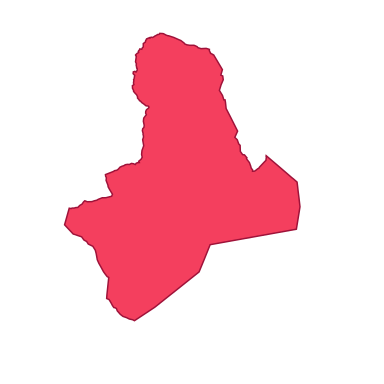 San Andrés Yaá, Oaxaca, Mexico (Natural Earth projection), rotated 109°
{"feature_id": "50627088B90449229158341", "entity_name": "San Andrés Yaá", "entity_type": "district", "adm_level": 2, "iso_a3": "MEX", "parent_name": "Mexico", "parent_adm1": "Oaxaca", "projection": "natural_earth1", "projection_center": [-96.145, 17.295], "detail": "fine", "context": "isolated", "style": "filled", "palette": "rose", "viewbox_px": 384, "rotation_deg": 109, "n_neighbors": 0, "source": "geoboundaries", "source_scale": "gbopen_adm2", "svg_char_len": 3235}
<svg xmlns="http://www.w3.org/2000/svg" viewBox="0 0 384 384"><g transform="rotate(109 192 192)"><path d="M55.3,216.2L55.4,217.0L55.1,217.3L54.9,219.6L54.5,219.7L53.2,221.2L52.0,222.0L51.5,222.0L51.5,223.7L51.6,225.4L53.5,230.1L53.6,233.3L52.9,234.5L52.6,237.5L52.8,238.5L53.6,240.6L54.0,241.8L54.5,244.7L54.4,246.9L53.7,248.0L52.4,251.9L52.3,253.7L51.8,259.5L51.9,265.1L52.1,265.6L52.1,267.5L51.6,270.5L51.8,271.6L52.5,274.1L53.3,274.2L53.9,274.8L54.2,275.7L55.8,277.0L56.5,277.8L57.3,278.3L58.7,279.5L58.8,280.6L59.8,282.3L60.2,282.0L60.8,283.6L61.5,284.0L62.0,284.8L64.3,285.1L65.4,284.9L67.5,286.4L70.7,285.3L71.9,285.9L73.4,286.0L73.7,287.9L74.4,287.9L76.5,288.6L77.5,287.9L78.9,289.1L80.8,290.0L81.3,289.8L81.5,290.1L81.4,289.2L81.9,288.8L87.3,287.8L88.9,286.3L90.2,286.1L91.5,285.3L92.9,284.6L92.9,284.1L93.8,283.7L94.8,283.5L96.2,283.8L96.8,284.0L96.5,285.3L97.5,286.6L98.4,286.4L99.3,286.2L100.3,284.2L103.8,283.6L104.8,283.8L105.8,283.2L107.4,283.0L108.8,282.4L109.4,281.9L110.9,283.0L112.5,282.3L113.1,282.2L115.3,280.1L115.9,280.0L117.0,278.2L118.2,275.9L119.9,274.3L120.8,274.2L122.2,271.9L122.8,271.3L122.8,270.3L123.8,268.7L124.4,266.5L125.5,263.5L125.0,261.6L125.2,260.9L125.8,260.3L127.0,260.5L129.0,261.8L130.8,262.0L132.6,261.5L133.8,260.3L135.6,261.0L137.9,261.7L141.0,261.0L144.5,258.9L146.6,258.5L148.2,259.2L150.2,258.9L151.2,258.2L152.5,257.3L153.6,257.0L154.7,256.2L156.1,255.7L158.6,255.7L164.0,252.7L169.1,252.8L172.9,251.9L175.3,250.4L177.6,250.8L180.3,252.4L181.3,251.4L182.1,253.1L182.9,254.1L184.5,254.6L184.3,256.5L184.7,258.6L186.4,260.2L186.8,261.9L188.0,264.1L188.7,264.4L189.8,265.7L190.5,266.7L191.2,267.3L191.7,268.0L194.9,269.4L196.1,270.4L196.2,270.7L197.1,272.3L198.0,272.8L203.7,279.5L205.2,278.8L206.4,277.6L209.0,277.0L212.2,274.3L213.1,273.6L214.4,273.0L216.5,270.7L220.0,266.5L222.2,266.6L225.4,271.5L226.4,274.1L226.6,274.9L229.4,278.2L230.8,279.4L232.1,281.5L233.7,283.5L234.2,284.9L235.3,287.8L235.2,290.5L236.6,291.3L239.2,292.0L241.3,293.8L243.3,294.7L243.8,295.0L244.6,296.9L245.6,298.2L246.2,300.1L247.0,300.9L247.3,302.8L264.5,301.8L270.4,290.7L270.3,281.8L272.6,278.5L273.1,275.5L275.0,273.1L275.6,268.1L278.5,264.5L281.5,262.5L286.9,259.5L289.7,256.9L292.9,253.3L296.2,249.7L297.9,247.3L299.6,244.7L299.9,242.9L316.8,239.0L320.5,238.0L320.7,235.4L323.3,232.3L325.2,230.3L326.7,228.3L326.5,226.9L326.8,225.5L328.7,224.0L331.0,220.0L332.1,216.8L332.1,215.8L332.1,212.9L332.5,209.9L332.1,206.6L332.4,204.5L313.1,189.7L265.3,159.3L251.7,158.5L235.9,157.7L193.2,81.2L174.7,84.4L170.8,85.1L162.4,89.1L156.1,92.2L152.7,93.8L149.2,95.5L148.4,95.9L148.0,96.9L146.6,100.4L145.9,102.4L143.4,108.6L140.5,115.9L138.6,120.7L133.5,133.7L134.1,133.6L134.7,133.1L138.0,132.4L140.1,133.4L144.1,135.2L146.8,136.4L147.7,136.5L148.5,137.3L151.4,139.2L152.0,139.8L152.7,141.5L151.5,141.8L150.6,143.1L149.9,144.0L148.3,145.0L147.5,145.7L145.5,147.3L144.5,148.8L143.2,150.8L142.5,151.4L141.8,151.2L139.8,154.5L140.2,156.3L137.9,159.5L132.2,161.7L131.3,163.5L127.9,166.2L126.4,169.3L119.6,168.7L108.2,180.4L102.0,186.9L96.2,189.6L94.1,190.8L94.5,191.9L90.8,194.6L87.0,199.2L81.2,199.4L75.7,199.0L72.3,200.7L72.1,202.8L66.4,203.1L55.3,216.2Z" fill="#f43f5e" stroke="#9f1239" stroke-width="1.5"/></g></svg>